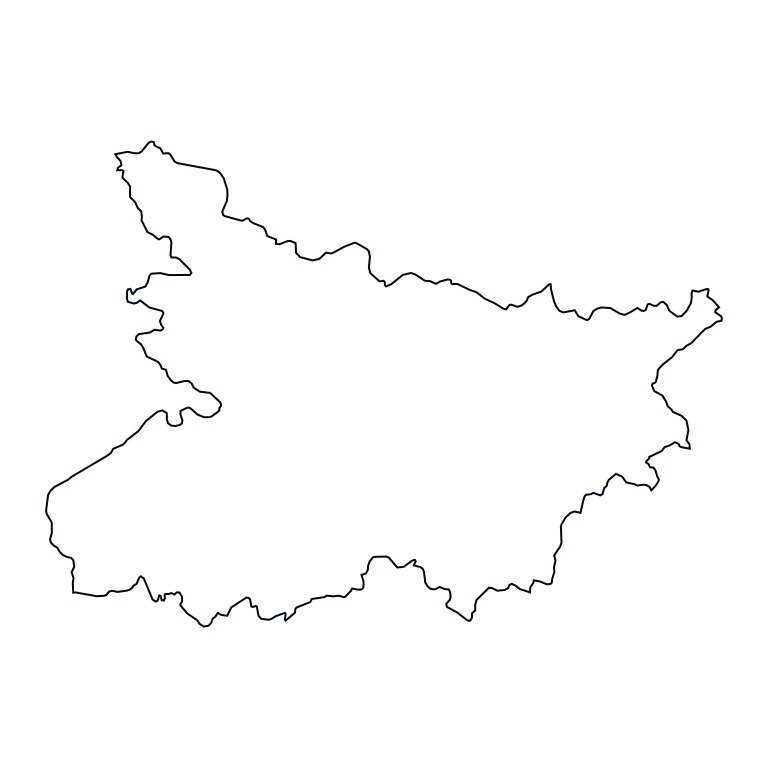 outline of Bihar
{"feature_id": "IND-3258", "entity_name": "Bihar", "entity_type": "State", "adm_level": 1, "iso_a3": "IND", "parent_name": "India", "parent_adm1": "", "projection": "mercator", "projection_center": [85.594, 25.909], "detail": "fine", "context": "isolated", "style": "outline", "palette": "ink", "viewbox_px": 768, "rotation_deg": 0, "n_neighbors": 0, "source": "natural_earth", "source_scale": "10m", "svg_char_len": 6101}
<svg xmlns="http://www.w3.org/2000/svg" viewBox="0 0 768 768"><path d="M629.7,312.6L637.4,307.9L641.5,310.7L643.7,311.0L645.7,310.0L647.6,304.5L649.3,303.8L654.2,305.9L656.5,305.9L660.6,302.4L663.0,301.8L666.8,305.0L669.1,310.3L671.0,312.1L677.4,316.6L681.6,316.1L686.7,310.7L690.8,303.4L691.8,297.2L691.5,293.7L692.5,290.5L698.5,291.7L707.0,288.9L708.3,289.2L708.6,290.4L707.2,296.4L712.9,300.3L719.0,307.3L715.7,309.9L715.2,312.2L721.3,316.3L721.9,318.9L721.4,320.8L716.5,321.8L710.5,326.8L705.2,328.9L691.5,342.9L685.9,346.2L682.9,349.3L677.9,350.0L676.7,351.2L672.1,357.1L662.7,364.6L658.9,368.7L657.8,370.5L657.4,375.8L655.9,381.5L655.0,382.8L652.6,383.6L651.8,385.4L654.3,391.1L662.4,395.6L666.1,401.6L667.7,406.2L671.5,409.6L672.9,412.0L681.4,415.7L686.5,420.6L688.4,430.2L686.5,440.3L689.5,444.4L689.8,448.7L681.5,447.2L679.4,446.2L679.1,444.6L677.3,443.1L674.7,442.3L670.2,445.2L664.5,447.2L662.1,450.6L660.3,451.7L649.2,457.0L649.1,458.4L646.2,461.4L646.1,462.5L648.3,463.7L650.1,467.4L653.4,467.5L655.4,470.3L657.5,477.1L658.8,479.2L658.7,480.8L655.9,485.4L651.3,490.3L649.5,486.9L646.7,485.2L643.5,484.7L637.4,485.6L634.5,484.2L626.2,482.4L622.4,476.9L616.0,473.8L608.9,479.8L607.4,482.5L606.7,485.9L604.2,488.1L602.5,494.1L600.2,495.3L593.3,492.9L590.8,494.2L586.0,494.8L584.6,496.3L583.4,500.0L580.5,512.8L574.4,511.5L570.2,513.1L565.5,517.6L561.5,524.4L560.9,526.7L561.5,542.8L560.2,546.4L554.2,555.5L555.5,560.5L554.0,567.3L554.4,572.0L552.0,579.5L551.8,582.6L550.7,583.9L546.8,584.3L539.7,581.4L533.8,580.3L533.5,582.6L530.2,587.5L530.1,592.4L519.7,589.0L515.4,585.5L511.8,583.9L509.4,585.0L508.1,588.1L504.6,590.0L497.4,590.7L491.7,587.9L488.8,587.9L476.4,600.1L475.1,605.3L475.3,610.4L472.1,613.2L472.0,617.5L470.3,620.5L468.8,620.9L465.8,619.2L457.5,612.7L446.8,606.8L446.3,603.9L449.8,599.8L450.6,597.0L450.1,592.2L448.7,589.4L444.9,589.1L439.7,587.0L435.3,589.2L433.0,589.3L430.3,588.7L427.9,586.7L425.3,582.6L423.9,571.5L422.6,568.7L420.4,567.1L413.8,565.4L415.7,561.3L414.8,559.8L411.8,560.8L403.8,566.8L397.3,567.5L388.8,557.6L386.4,556.6L374.8,556.8L372.9,557.3L369.7,561.5L368.2,565.5L367.8,569.9L366.0,573.4L361.5,574.9L363.5,581.3L363.5,586.8L362.7,588.5L361.0,589.6L357.7,589.6L352.1,588.5L351.0,590.9L345.0,596.9L343.8,597.2L339.1,595.7L333.2,596.3L326.7,595.7L324.4,597.1L311.7,599.0L310.4,602.0L296.8,607.4L295.4,608.8L295.0,612.6L285.7,620.6L284.8,619.7L285.6,614.5L285.4,613.3L284.6,613.0L275.7,616.2L271.2,619.0L268.4,619.7L261.3,618.9L258.6,616.0L256.8,606.6L255.8,606.0L252.4,607.0L251.3,606.3L250.0,599.3L248.3,597.8L246.3,597.6L231.3,607.4L227.2,615.7L221.0,614.9L217.8,612.8L215.7,616.2L212.5,619.1L211.2,623.0L208.4,625.8L203.7,626.5L199.6,623.9L196.9,620.0L187.6,613.8L180.6,605.6L180.3,604.4L182.1,601.5L182.0,596.7L179.4,592.5L176.7,592.4L174.4,594.5L171.4,593.1L168.5,594.0L165.5,593.9L164.7,594.4L164.8,598.5L163.8,600.6L161.6,600.1L160.9,596.3L159.2,595.5L157.7,600.6L155.6,601.6L152.5,599.4L143.9,578.6L140.9,576.3L139.5,577.3L136.4,584.0L133.3,585.8L131.7,588.3L129.6,589.8L126.9,590.6L117.6,591.9L112.0,590.8L109.2,591.5L106.4,595.0L104.0,595.8L96.7,596.2L75.3,592.4L73.2,592.7L72.8,583.3L73.5,577.9L71.6,572.1L74.3,566.7L73.3,560.3L71.3,558.0L66.3,556.7L62.6,554.8L59.8,551.9L57.1,547.6L54.1,545.8L51.1,542.8L50.4,541.1L50.1,539.1L51.9,532.7L51.7,522.6L46.6,513.6L46.1,510.6L48.1,494.9L50.7,490.5L54.4,487.0L67.9,479.8L72.2,476.4L107.4,455.6L111.0,452.8L113.2,448.8L122.6,444.8L124.9,442.9L126.8,440.0L138.4,431.1L145.8,421.2L157.4,411.8L162.3,410.4L166.8,413.1L166.9,419.8L168.1,423.2L171.0,425.5L175.4,426.1L179.9,424.9L181.9,423.5L182.4,420.3L180.4,414.3L180.6,410.9L186.2,408.2L188.5,407.5L190.5,408.3L197.4,414.5L204.0,417.2L209.1,417.2L211.5,416.5L218.3,411.5L219.4,410.2L219.3,408.1L220.8,406.2L221.0,404.2L220.1,402.2L210.1,392.9L199.9,391.7L193.9,387.8L191.7,383.6L188.7,381.1L184.7,381.0L175.9,383.1L173.4,382.4L171.0,380.5L167.7,375.9L165.9,369.7L161.8,368.6L160.8,365.6L158.3,362.1L146.7,356.4L143.1,347.6L141.0,344.3L136.3,340.5L135.8,339.2L136.4,336.5L139.0,334.1L150.1,332.5L154.3,329.7L160.6,330.6L163.1,329.0L163.3,327.8L161.2,324.8L159.9,321.0L163.2,314.1L163.2,312.4L162.0,310.9L149.6,307.6L140.1,300.4L136.7,302.9L133.7,303.5L127.9,301.8L126.9,298.7L127.1,291.5L127.9,289.4L130.4,288.9L132.0,293.3L133.0,294.0L136.7,289.4L145.3,286.6L147.6,282.5L149.6,275.5L151.4,273.7L160.3,273.1L169.1,275.1L189.9,274.9L191.4,273.0L189.7,269.5L179.5,259.3L176.4,257.6L171.4,257.4L170.5,255.1L171.4,242.7L170.6,239.6L168.6,236.9L163.4,236.6L159.5,239.2L158.2,239.3L153.0,234.8L147.5,232.1L141.6,220.5L141.9,215.8L141.1,211.3L137.7,207.9L135.2,202.2L130.0,197.0L130.1,186.5L127.6,182.6L122.4,177.7L123.4,171.0L122.1,170.1L117.3,170.3L118.0,167.6L121.3,165.3L121.3,164.0L120.5,161.0L116.6,156.6L115.4,154.2L127.5,151.8L134.7,153.3L139.0,153.2L141.9,151.2L148.7,142.7L151.4,141.5L153.8,142.1L154.4,144.9L155.7,146.2L160.4,148.4L163.2,153.5L168.5,153.2L170.4,154.6L174.3,161.2L177.2,163.1L216.2,170.3L220.2,173.1L223.7,178.2L227.2,189.4L227.5,195.3L226.7,201.3L222.3,211.6L223.1,214.9L224.8,216.1L241.2,220.6L242.7,220.6L246.8,218.3L248.9,218.8L250.3,221.2L253.5,223.2L263.3,227.2L265.3,230.1L267.2,236.0L276.1,239.5L276.1,243.9L279.6,244.2L287.2,241.2L290.3,240.9L295.6,243.1L296.1,252.9L300.1,257.1L312.6,260.4L319.4,258.9L326.0,252.6L330.8,253.5L333.3,252.7L344.1,246.8L354.8,242.6L356.3,243.1L366.9,249.1L368.9,251.4L369.9,256.6L368.9,267.8L370.4,273.2L379.6,281.4L383.5,280.8L384.6,281.7L385.1,285.5L386.0,286.4L391.2,284.3L402.8,274.9L410.9,273.0L415.0,274.3L425.0,280.8L430.0,281.1L435.9,283.9L439.9,281.6L447.9,279.4L450.2,279.9L451.2,280.9L451.2,283.1L452.2,284.1L457.3,283.9L469.7,289.9L476.5,292.2L485.0,298.8L494.2,303.0L503.6,308.8L506.1,309.4L509.5,304.9L511.3,304.7L517.4,306.8L520.8,305.8L524.2,303.6L526.8,300.6L528.2,297.2L532.4,294.7L541.3,291.6L549.1,284.3L550.6,284.2L551.1,289.7L554.1,301.6L556.3,306.7L559.4,310.8L563.3,312.4L574.7,310.3L578.3,316.1L585.8,319.7L587.6,320.1L589.3,318.6L593.4,311.0L597.1,308.7L601.5,307.5L610.2,308.0L619.9,313.6L624.6,314.9L629.7,312.6Z" fill="none" stroke="#020617" stroke-width="2"/></svg>